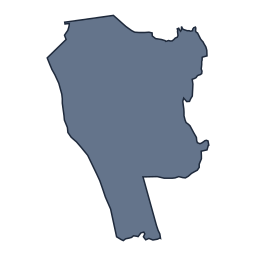 Kota Setar, Kedah, Malaysia (Natural Earth projection)
{"feature_id": "92858781B49320909792008", "entity_name": "Kota Setar", "entity_type": "district", "adm_level": 2, "iso_a3": "MYS", "parent_name": "Malaysia", "parent_adm1": "Kedah", "projection": "natural_earth1", "projection_center": [100.406, 6.1], "detail": "fine", "context": "isolated", "style": "filled", "palette": "slate", "viewbox_px": 256, "rotation_deg": 0, "n_neighbors": 0, "source": "geoboundaries", "source_scale": "gbopen_adm2", "svg_char_len": 2075}
<svg xmlns="http://www.w3.org/2000/svg" viewBox="0 0 256 256"><path d="M160.5,238.3L159.8,233.9L158.1,230.4L156.5,225.6L155.6,222.4L143.0,176.9L157.3,176.6L164.2,178.2L172.2,178.2L175.0,177.9L178.8,176.6L182.7,177.6L185.4,177.9L188.2,176.3L191.5,173.4L194.3,171.8L197.3,170.2L199.2,167.4L199.2,164.2L201.4,158.8L201.4,155.6L201.2,151.2L207.0,149.9L208.3,145.4L208.8,145.2L208.0,140.9L206.4,140.3L204.9,140.7L203.3,141.9L201.5,143.1L199.9,143.7L197.4,142.7L196.7,140.7L196.4,137.4L193.7,132.7L190.0,125.8L188.3,124.2L186.1,122.6L185.1,120.1L184.0,115.8L184.0,112.2L183.8,108.9L183.3,105.3L182.8,101.2L183.7,98.1L186.7,101.6L189.5,101.4L190.7,98.7L192.3,96.1L192.7,88.6L192.9,84.1L192.2,79.3L193.6,78.8L194.7,78.4L196.1,77.6L197.0,76.2L198.1,75.3L200.3,74.6L201.7,73.6L202.0,71.1L201.2,69.0L201.5,66.5L201.7,64.6L201.7,63.0L201.7,61.5L202.1,60.2L202.2,57.3L203.3,56.9L207.0,55.9L206.8,50.3L205.9,47.0L204.9,45.3L203.9,43.6L203.0,41.8L202.1,40.9L200.7,39.2L197.6,33.1L197.5,32.9L196.5,32.5L195.6,31.2L195.8,28.0L195.4,27.1L193.8,27.7L192.7,29.2L192.5,30.7L190.5,31.2L189.2,30.7L187.1,30.7L185.7,30.2L184.1,29.7L182.7,29.0L181.5,26.5L181.4,29.8L180.6,31.2L179.6,29.9L178.7,28.2L177.2,28.9L177.7,30.1L177.5,31.6L177.7,33.2L178.0,35.5L177.3,37.2L175.2,38.1L173.8,39.6L172.1,40.9L170.2,41.0L168.6,40.5L165.8,41.4L165.1,40.6L161.4,39.5L155.6,38.6L152.3,36.0L152.1,32.9L149.0,32.2L144.6,32.5L139.1,32.5L134.7,32.2L131.6,30.6L125.9,26.5L113.4,15.4L64.7,22.2L65.0,24.0L66.6,23.8L69.3,23.6L69.1,25.9L68.5,28.1L67.8,30.4L66.1,32.8L64.5,35.2L66.1,39.5L47.2,57.9L49.8,64.4L51.9,69.4L54.9,74.8L58.8,83.3L61.8,94.2L62.3,98.7L62.3,103.2L63.1,109.1L64.0,115.6L64.4,120.1L67.4,127.5L67.9,132.5L71.3,137.4L76.5,141.9L80.8,146.9L87.7,155.3L94.2,168.8L96.8,174.2L99.8,180.7L102.4,188.1L105.4,197.1L110.6,209.0L116.6,236.8L121.2,239.6L123.3,240.6L125.6,238.8L128.6,238.2L131.6,237.4L133.5,235.8L136.5,236.2L138.1,236.6L140.9,232.9L143.8,232.1L144.8,233.9L143.4,236.8L145.7,239.8L148.9,238.4L152.9,240.0L157.4,239.2L160.0,238.0L160.5,238.3Z" fill="#64748b" stroke="#1e293b" stroke-width="1.5"/></svg>